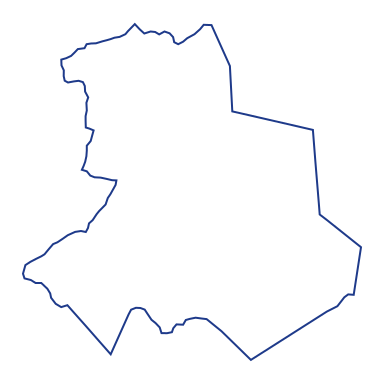 outline of Itaporanga, Paraíba, Brazil
{"feature_id": "56859067B19196458255642", "entity_name": "Itaporanga", "entity_type": "district", "adm_level": 2, "iso_a3": "BRA", "parent_name": "Brazil", "parent_adm1": "Paraíba", "projection": "robinson", "projection_center": [-38.236, -7.279], "detail": "fine", "context": "isolated", "style": "outline", "palette": "blue", "viewbox_px": 384, "rotation_deg": 0, "n_neighbors": 0, "source": "geoboundaries", "source_scale": "gbopen_adm2", "svg_char_len": 1735}
<svg xmlns="http://www.w3.org/2000/svg" viewBox="0 0 384 384"><path d="M77.8,49.1L74.6,52.5L71.1,55.9L66.2,58.2L61.3,59.6L61.5,65.4L63.8,70.3L63.7,76.1L64.7,80.7L68.0,82.5L73.9,81.4L78.6,80.8L82.9,82.1L84.8,86.0L85.1,91.6L88.2,97.4L86.4,102.8L86.8,110.5L85.6,116.1L85.6,120.7L85.8,127.5L89.4,128.6L93.6,130.4L92.3,135.1L90.7,141.0L86.8,145.7L86.8,150.6L86.4,156.2L85.2,161.7L83.6,166.0L81.9,169.8L86.8,171.3L90.3,175.6L94.6,177.3L100.6,177.6L106.6,178.9L112.1,180.2L116.4,180.4L115.6,184.9L110.4,194.2L107.8,198.0L105.6,204.5L99.1,211.1L96.6,214.2L92.7,220.1L89.0,223.4L88.0,228.0L85.8,232.0L81.0,231.0L75.1,231.9L67.8,235.2L62.1,239.2L57.4,242.3L53.1,244.1L48.4,249.6L44.5,254.3L41.3,256.3L36.2,258.8L30.3,261.9L25.4,265.1L23.0,273.7L24.5,278.4L30.8,280.0L35.6,283.0L41.3,283.0L47.4,288.8L50.2,293.4L51.1,297.8L55.7,303.8L61.2,307.1L67.4,305.2L72.5,311.0L85.5,325.6L99.7,341.8L110.7,354.3L128.6,314.4L131.1,309.7L135.9,307.8L140.4,308.0L144.7,309.6L147.6,314.0L151.5,319.8L155.6,323.1L159.7,327.4L161.5,333.1L167.0,333.2L171.9,332.2L173.3,328.2L176.5,324.4L183.1,324.7L185.8,320.0L189.7,318.9L195.6,317.7L201.5,318.5L206.6,319.1L221.5,331.2L250.9,359.9L326.8,311.6L337.4,306.2L341.3,301.2L344.3,297.3L348.2,294.4L353.7,294.8L361.0,247.2L327.0,220.1L319.7,214.5L318.9,204.3L315.4,161.9L312.9,129.9L262.5,118.3L232.3,111.4L229.9,66.0L223.1,50.9L218.2,40.0L211.5,25.1L203.7,24.8L200.1,29.2L194.5,34.2L187.2,38.2L183.1,41.7L178.2,44.2L174.2,42.2L173.1,37.1L169.6,33.3L164.5,31.5L159.2,34.4L155.2,32.0L150.6,31.5L144.3,33.5L139.7,29.3L134.8,24.1L131.9,27.1L128.0,31.1L125.4,34.2L119.6,36.9L114.5,37.7L110.6,39.1L106.8,40.2L102.5,41.3L96.0,43.3L91.0,43.5L86.6,44.2L84.5,48.2L77.8,49.1Z" fill="none" stroke="#1e3a8a" stroke-width="2"/></svg>